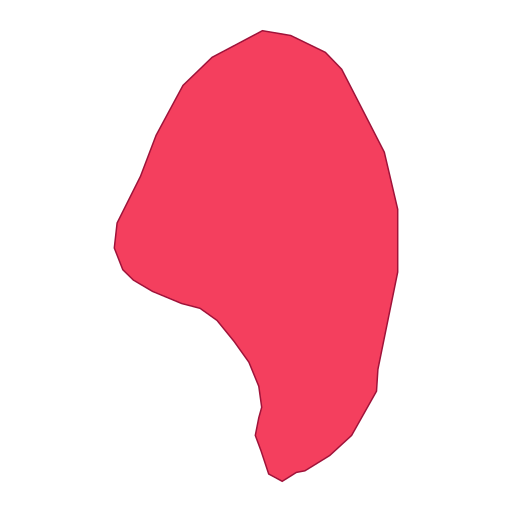 Elato, Federated States of Micronesia
{"feature_id": "79324940B60926087118566", "entity_name": "Elato", "entity_type": "district", "adm_level": 2, "iso_a3": "FSM", "parent_name": "Federated States of Micronesia", "parent_adm1": "", "projection": "robinson", "projection_center": [146.172, 7.511], "detail": "fine", "context": "isolated", "style": "filled", "palette": "rose", "viewbox_px": 512, "rotation_deg": 0, "n_neighbors": 0, "source": "geoboundaries", "source_scale": "gbopen_adm2", "svg_char_len": 558}
<svg xmlns="http://www.w3.org/2000/svg" viewBox="0 0 512 512"><path d="M114.3,248.0L122.8,269.7L133.4,280.1L152.5,291.4L181.6,303.5L200.0,308.3L217.0,320.4L234.0,341.3L248.9,362.2L258.8,386.3L261.7,407.3L258.8,417.7L255.3,435.4L261.0,450.7L268.7,474.0L282.2,481.3L296.4,472.4L304.9,470.8L329.7,455.5L351.6,435.4L376.5,391.2L377.9,369.4L397.7,272.1L397.7,209.3L384.3,152.2L359.5,103.9L341.7,69.3L325.4,52.4L290.7,35.5L262.4,30.7L212.1,57.3L183.0,85.4L156.1,135.3L140.5,176.3L117.1,223.0L114.3,248.0Z" fill="#f43f5e" stroke="#9f1239" stroke-width="1.5"/></svg>